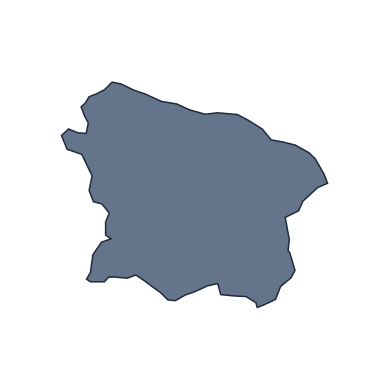 outline of Trachypedoula, Paphos, Cyprus, rotated 249°
{"feature_id": "46923920B82818287753128", "entity_name": "Trachypedoula", "entity_type": "district", "adm_level": 2, "iso_a3": "CYP", "parent_name": "Cyprus", "parent_adm1": "Paphos", "projection": "natural_earth1", "projection_center": [32.677, 34.797], "detail": "fine", "context": "isolated", "style": "filled", "palette": "slate", "viewbox_px": 384, "rotation_deg": 249, "n_neighbors": 0, "source": "geoboundaries", "source_scale": "gbopen_adm2", "svg_char_len": 1074}
<svg xmlns="http://www.w3.org/2000/svg" viewBox="0 0 384 384"><g transform="rotate(249 192 192)"><path d="M148.5,62.3L144.5,65.0L142.2,71.3L139.5,78.0L142.4,83.7L140.2,89.6L134.7,100.7L134.7,109.8L125.8,116.0L118.5,120.5L109.6,126.4L99.8,130.9L96.5,137.6L98.3,149.0L97.9,157.8L98.8,172.8L97.3,183.2L85.9,182.0L80.1,193.6L75.0,205.0L65.7,212.0L60.8,211.5L60.8,218.0L61.8,231.5L72.1,240.9L76.4,253.7L82.0,260.1L100.2,261.5L103.1,260.8L112.7,265.8L134.9,269.9L136.2,284.7L143.8,292.5L151.1,311.0L151.6,321.7L160.9,321.7L178.7,319.0L186.7,315.3L198.7,305.3L206.2,294.7L212.2,284.7L225.5,280.2L238.9,270.2L248.1,262.1L256.8,244.2L259.9,232.1L269.8,218.9L279.7,209.3L287.6,195.8L299.9,183.8L307.8,174.3L318.4,164.4L323.2,156.8L318.9,147.0L317.9,138.1L317.8,130.1L313.3,124.4L311.3,119.0L301.4,118.9L293.4,119.9L284.7,114.1L288.2,106.6L295.1,99.3L291.5,90.4L276.6,90.7L266.7,102.6L242.9,104.5L230.3,96.5L218.2,96.5L213.1,103.6L202.0,107.2L194.8,100.5L182.7,95.9L177.3,99.6L177.6,89.5L168.9,76.9L153.2,68.3L148.5,62.3Z" fill="#64748b" stroke="#1e293b" stroke-width="1.5"/></g></svg>